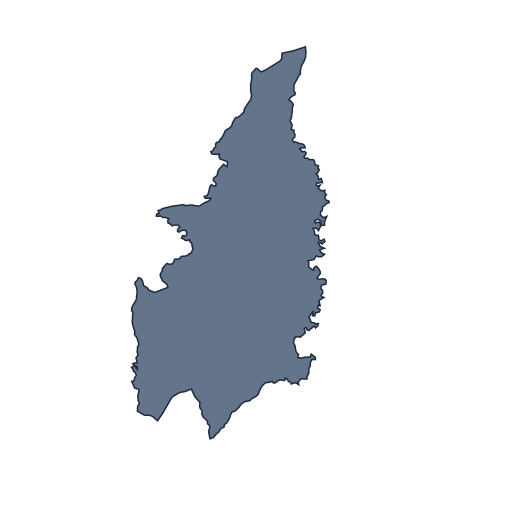 the district of São Miguel das Missões, Rio Grande do Sul, Brazil, rotated 218°
{"feature_id": "56859067B69818070021581", "entity_name": "São Miguel das Missões", "entity_type": "district", "adm_level": 2, "iso_a3": "BRA", "parent_name": "Brazil", "parent_adm1": "Rio Grande do Sul", "projection": "orthographic", "projection_center": [-54.507, -28.703], "detail": "fine", "context": "isolated", "style": "filled", "palette": "slate", "viewbox_px": 512, "rotation_deg": 218, "n_neighbors": 0, "source": "geoboundaries", "source_scale": "gbopen_adm2", "svg_char_len": 6128}
<svg xmlns="http://www.w3.org/2000/svg" viewBox="0 0 512 512"><g transform="rotate(218 256 256)"><path d="M176.9,265.2L179.1,264.5L180.6,265.3L180.6,267.9L182.6,270.1L184.5,270.1L185.9,271.8L186.1,273.9L184.8,275.4L183.6,276.7L185.5,279.9L187.3,280.3L189.7,279.0L191.8,276.5L194.3,275.9L194.5,278.6L194.5,281.8L196.1,283.4L198.6,284.4L200.5,285.0L202.2,285.1L203.1,282.4L202.0,280.3L204.3,279.8L207.8,279.8L210.4,283.4L212.2,284.1L208.1,288.9L208.6,293.2L206.1,294.0L204.0,295.7L203.0,299.6L206.1,298.8L209.8,299.9L206.9,304.2L211.1,303.0L215.4,304.9L213.6,306.1L211.4,306.1L210.6,309.9L212.8,311.2L213.9,308.1L216.7,307.5L217.7,309.1L219.7,310.7L221.1,309.3L223.1,309.4L225.3,311.5L228.1,312.9L225.9,315.0L222.3,314.5L222.9,316.4L223.5,320.1L220.9,322.5L223.1,325.3L224.6,330.8L226.2,327.9L230.3,327.9L232.3,330.3L231.8,332.6L233.8,335.8L233.0,338.0L232.8,340.7L231.2,343.1L232.7,344.2L235.3,343.1L237.9,344.4L238.3,347.7L240.7,348.0L242.2,350.2L244.6,347.6L248.7,347.8L249.1,351.3L250.7,348.8L252.3,349.0L253.2,351.1L251.6,351.9L250.4,353.6L248.8,354.7L252.3,357.2L253.5,355.1L255.1,356.0L256.7,357.5L259.5,357.9L258.6,359.9L259.2,363.0L261.3,363.3L262.1,365.4L263.7,365.1L265.7,364.3L268.1,366.5L270.0,367.3L273.4,364.7L275.6,364.9L277.4,363.3L279.4,363.6L279.2,366.3L280.2,368.3L282.2,368.3L284.2,366.3L286.0,367.4L287.8,367.3L287.0,369.1L285.3,370.2L283.8,371.5L286.1,373.0L288.3,372.9L290.5,371.7L292.9,370.8L295.2,370.2L296.8,368.9L298.4,369.6L299.3,371.4L298.6,373.4L300.0,375.7L302.2,376.6L303.6,378.6L306.0,377.3L307.4,380.0L308.5,381.9L310.8,382.7L312.4,383.6L313.1,386.6L314.5,388.7L315.6,390.8L316.9,393.0L318.4,394.7L319.6,397.9L321.1,398.9L323.6,399.5L326.2,399.2L326.4,402.3L325.7,404.6L324.6,406.9L325.4,408.7L327.7,409.2L331.4,414.2L332.0,417.1L332.3,419.7L332.8,422.0L333.3,424.6L333.0,426.7L334.2,428.2L335.5,429.9L336.7,432.6L337.5,435.2L337.9,438.5L339.1,442.8L342.5,447.9L344.5,449.7L345.8,451.3L353.0,440.6L360.4,431.8L357.2,427.4L357.0,424.7L363.1,408.2L364.2,406.2L365.3,404.2L368.0,404.2L369.7,404.6L371.5,404.0L371.7,400.5L371.9,397.9L370.8,395.7L369.0,393.6L367.8,391.9L366.6,389.4L365.3,387.1L363.6,385.3L362.7,383.8L361.2,382.1L359.3,380.9L357.9,378.8L356.4,376.0L356.4,372.0L356.0,369.3L356.0,367.2L355.6,364.5L354.1,362.0L354.6,359.4L354.9,356.5L355.6,354.3L357.3,352.6L357.0,349.6L356.5,346.5L355.4,343.8L355.5,341.4L356.1,339.4L356.9,337.6L357.3,335.5L356.7,333.4L356.2,331.3L355.8,328.4L356.0,325.9L355.4,323.1L357.1,321.2L356.7,319.2L355.0,317.3L355.4,314.7L354.8,312.6L355.8,310.3L353.8,309.2L351.4,310.5L349.1,312.2L347.6,313.9L346.1,311.3L344.1,310.3L339.6,311.8L336.5,312.7L334.9,310.3L333.8,308.6L335.7,308.1L337.9,308.5L338.3,305.3L338.5,301.8L338.0,298.8L336.5,296.4L336.5,294.4L337.3,291.5L336.4,289.3L334.1,289.1L331.8,288.5L330.9,286.3L332.4,285.2L335.0,284.8L335.1,282.8L334.4,281.0L333.1,278.3L332.0,275.5L331.8,273.2L333.5,271.1L331.4,270.2L329.6,271.8L327.0,273.6L327.0,270.6L328.6,267.7L329.8,265.3L330.7,262.1L331.6,260.2L333.6,259.0L335.4,258.0L338.0,256.7L340.5,254.4L342.6,252.2L344.5,252.0L346.4,250.1L352.7,243.7L359.1,235.5L359.5,233.4L361.2,231.6L358.7,230.0L360.0,228.1L359.2,226.1L357.5,227.0L356.0,228.8L353.1,228.9L351.7,230.3L347.7,231.7L347.3,229.4L345.5,227.8L342.9,228.5L340.8,228.0L339.6,229.7L337.9,231.4L335.9,232.3L334.0,232.1L334.1,228.6L332.9,227.0L331.2,227.5L330.6,229.7L329.3,231.5L327.2,232.8L325.5,232.0L323.7,230.6L324.2,227.9L326.4,227.0L325.8,224.2L323.5,224.8L321.2,224.8L319.6,226.1L318.2,227.9L316.7,226.5L315.0,226.6L313.4,225.5L312.2,224.1L310.5,223.5L309.4,220.4L309.0,217.9L310.2,216.4L310.2,214.4L311.7,212.4L313.3,210.9L314.6,209.7L314.6,207.8L315.0,206.0L316.5,204.8L318.1,203.4L317.2,200.7L317.2,197.9L319.6,196.0L321.7,195.2L321.9,192.3L322.1,188.6L321.0,187.0L320.5,185.0L320.3,182.9L319.1,181.3L314.4,178.9L312.2,178.8L309.7,179.0L307.7,178.1L306.1,177.0L313.4,164.9L315.0,164.5L319.0,163.2L321.5,163.9L323.9,163.8L326.6,163.5L328.3,165.1L329.9,166.3L332.5,167.5L335.3,166.6L334.6,163.2L335.2,161.2L334.1,159.3L331.6,158.2L329.8,156.8L326.7,153.5L325.4,150.9L323.9,148.8L323.2,146.6L322.9,143.4L322.5,140.5L321.7,138.3L320.4,136.3L318.4,135.9L316.7,133.2L314.9,130.9L313.2,128.1L311.0,126.1L309.1,124.6L307.6,123.7L304.5,121.4L303.7,119.5L301.8,118.9L299.5,118.2L296.8,116.4L293.9,114.3L293.5,111.5L292.4,110.1L290.7,107.3L288.0,105.3L287.9,101.9L283.7,98.6L285.8,97.1L286.8,95.2L284.4,94.9L285.5,91.5L283.5,91.2L281.8,89.9L278.9,89.6L276.7,88.2L276.8,86.0L275.3,82.1L276.8,80.7L270.3,77.2L267.3,78.4L265.5,78.4L264.0,75.1L263.0,73.0L260.1,69.8L257.1,67.9L256.8,64.8L253.9,60.7L245.7,61.9L242.5,64.5L240.0,65.6L238.1,65.9L232.1,65.5L232.7,74.6L235.3,93.0L232.6,100.4L231.2,102.5L228.3,105.7L225.1,111.4L217.6,107.5L210.1,106.1L207.7,102.6L206.2,101.6L203.2,101.0L201.9,98.7L200.3,97.4L198.4,96.5L192.8,96.1L190.8,93.9L188.2,93.9L187.1,92.6L185.2,88.4L179.7,83.6L177.9,86.4L177.7,91.7L177.0,93.9L177.4,98.3L175.9,101.5L177.0,103.7L176.3,106.9L177.1,112.5L178.1,114.5L178.8,118.3L176.9,121.3L176.3,126.6L176.5,130.0L175.0,134.8L173.2,136.3L171.6,138.6L171.6,140.6L169.6,145.3L169.1,148.3L170.0,151.3L171.0,155.1L171.0,159.2L170.5,161.9L167.4,165.1L165.8,167.4L164.1,166.6L162.5,168.3L161.9,171.6L160.5,173.3L156.7,175.5L157.6,177.9L154.8,178.0L153.3,177.0L151.1,178.0L149.5,176.8L146.9,180.5L143.1,180.9L145.0,182.4L145.0,186.9L140.1,190.4L141.5,192.3L142.2,196.0L145.0,199.9L145.7,203.0L147.5,205.4L148.2,208.8L145.5,211.0L146.8,212.7L152.1,212.6L151.0,209.9L155.2,206.3L157.3,203.6L160.6,201.6L161.9,204.6L164.7,204.9L166.5,206.0L169.8,209.2L173.5,210.9L175.1,216.3L172.9,218.5L171.2,219.2L169.8,225.8L173.6,228.7L172.2,230.4L169.9,229.1L168.3,230.0L168.1,232.3L166.8,237.0L164.8,236.0L164.3,238.7L165.2,241.1L167.1,239.5L169.3,239.0L171.6,237.7L173.7,239.0L176.8,240.9L176.9,248.0L174.7,243.7L172.8,244.9L174.0,248.0L171.6,251.1L172.6,253.4L175.6,252.9L176.8,256.3L174.3,255.9L177.4,258.3L178.9,259.8L178.1,262.2L176.9,265.2ZM223.5,320.1L225.6,321.2L227.2,321.6L229.8,318.5L231.5,320.0L229.8,323.2L225.8,323.5L223.5,320.1ZM284.4,94.9L281.5,95.6L279.8,93.6L284.4,94.9Z" fill="#64748b" stroke="#1e293b" stroke-width="1.5"/></g></svg>